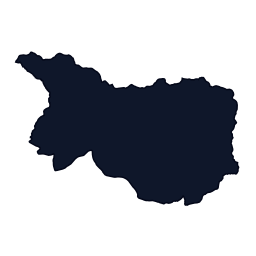 Chiscas, Boyacá, Colombia, rotated 88°
{"feature_id": "7082276B27697411735501", "entity_name": "Chiscas", "entity_type": "district", "adm_level": 2, "iso_a3": "COL", "parent_name": "Colombia", "parent_adm1": "Boyacá", "projection": "orthographic", "projection_center": [-72.39, 6.674], "detail": "fine", "context": "isolated", "style": "filled", "palette": "ink", "viewbox_px": 256, "rotation_deg": 88, "n_neighbors": 0, "source": "geoboundaries", "source_scale": "gbopen_adm2", "svg_char_len": 5718}
<svg xmlns="http://www.w3.org/2000/svg" viewBox="0 0 256 256"><g transform="rotate(88 128 128)"><path d="M93.5,23.7L92.9,25.2L93.1,27.8L92.9,28.6L92.4,29.3L91.3,31.7L90.5,34.6L90.1,35.0L89.5,36.5L89.0,38.4L89.1,39.4L90.1,42.2L90.1,42.6L89.3,43.7L89.2,44.8L87.7,44.9L86.6,45.3L86.0,45.7L85.1,46.5L84.3,48.3L80.3,50.8L80.1,52.8L80.5,53.7L80.4,54.4L81.2,55.3L82.0,55.8L82.0,56.0L81.5,56.8L81.4,58.4L81.9,60.0L82.2,60.4L82.0,61.2L82.0,62.9L81.2,65.2L81.5,66.6L80.9,70.2L80.7,71.1L80.3,71.9L80.7,71.9L81.0,72.3L81.6,72.1L82.4,72.4L85.0,74.8L85.7,78.3L85.6,79.9L86.3,81.5L86.3,82.4L86.6,83.7L87.0,84.7L84.2,88.8L83.2,89.3L82.0,89.2L80.7,89.5L80.1,90.3L80.0,91.8L80.2,93.3L80.2,94.9L80.6,96.1L81.1,96.7L82.2,97.7L83.5,98.4L84.0,99.6L84.4,100.0L86.7,101.7L86.8,102.7L87.4,104.6L87.3,105.3L87.1,107.6L87.5,108.3L88.5,109.6L88.8,110.1L88.7,111.3L88.3,112.5L88.7,114.6L87.4,118.3L86.9,119.0L86.2,120.8L85.0,122.4L84.8,123.0L84.9,123.4L85.7,124.7L87.0,126.2L88.3,129.0L87.6,130.6L88.1,136.5L88.3,137.4L88.2,138.7L87.9,139.9L87.3,140.6L86.3,141.2L84.0,142.3L84.4,143.3L84.6,144.5L84.6,145.4L84.3,145.8L82.9,146.6L80.3,149.1L80.3,150.2L81.3,151.7L81.4,152.2L81.2,152.6L77.6,153.7L75.4,154.0L73.3,154.9L71.1,156.7L69.7,158.9L67.8,161.2L67.3,161.9L67.1,162.9L67.1,165.8L66.6,167.5L66.8,171.0L66.5,171.6L65.9,172.6L63.7,175.2L63.5,176.3L63.6,176.7L62.7,178.8L60.3,179.2L59.5,179.7L57.2,180.2L56.2,180.6L55.9,181.4L54.9,182.0L53.7,183.4L53.0,184.8L53.4,186.2L53.2,188.4L52.8,190.0L51.5,192.3L51.2,193.1L51.1,193.9L51.3,194.8L51.9,196.1L53.3,197.7L54.4,198.4L55.1,200.2L56.5,202.0L56.8,203.4L56.8,205.1L56.6,207.9L56.9,209.0L57.0,210.5L55.7,211.8L55.1,211.9L54.3,212.5L53.2,213.8L52.8,214.5L52.8,216.1L50.3,218.7L49.9,219.9L49.1,221.3L48.9,222.2L49.2,222.7L50.1,223.2L50.6,223.7L51.0,224.2L51.8,226.3L51.9,227.4L51.4,229.9L51.7,232.9L51.9,233.7L52.7,234.5L54.1,235.1L55.7,236.1L57.0,237.4L58.2,237.9L58.9,235.6L59.0,234.6L58.3,233.8L58.8,233.7L59.2,232.9L60.5,232.0L61.4,231.8L61.6,231.6L63.2,230.9L63.3,229.8L63.4,229.7L64.2,229.1L65.0,228.8L65.4,227.9L66.0,227.6L66.4,227.0L67.2,226.8L67.7,226.3L67.9,225.7L68.8,224.0L70.8,221.3L71.7,220.8L72.0,220.3L72.6,220.1L73.6,218.7L73.9,218.6L74.4,218.8L74.8,217.9L75.5,217.1L76.0,213.8L76.6,212.8L76.8,212.8L77.0,213.1L77.8,212.4L77.8,211.7L78.2,211.3L79.2,211.3L80.6,210.9L82.0,210.2L82.5,210.1L82.7,209.8L83.2,209.7L83.3,209.4L85.5,208.5L86.2,207.8L86.8,207.6L86.8,207.1L87.3,207.1L89.0,205.8L89.1,205.2L89.3,205.0L90.2,204.8L91.0,204.9L91.3,204.8L92.0,205.2L92.8,205.2L93.7,204.7L94.3,204.9L95.8,206.1L96.3,206.1L99.1,206.1L99.6,205.8L99.8,205.3L101.1,205.3L102.1,205.0L104.2,205.5L104.6,205.9L105.2,206.8L105.3,207.5L106.0,209.2L107.3,211.0L108.3,211.5L109.0,211.6L109.9,211.3L112.4,211.5L113.7,214.5L115.0,216.1L116.3,217.4L118.1,218.2L120.1,219.9L121.4,220.2L122.3,221.0L122.9,221.1L123.4,221.2L124.5,220.8L125.5,221.0L126.1,221.4L127.8,223.5L128.3,223.5L130.4,224.5L132.0,224.2L132.5,224.5L133.4,225.7L133.7,225.8L134.3,225.8L134.5,224.9L134.9,224.5L135.8,224.6L136.8,225.3L137.8,226.9L138.3,227.1L138.9,226.7L141.3,222.7L142.7,220.4L143.3,218.5L144.4,216.9L144.8,216.7L145.8,216.5L146.8,217.4L147.9,218.9L148.6,219.3L149.9,218.9L150.8,218.2L150.9,217.4L150.8,214.4L151.0,212.7L152.4,208.3L152.2,206.0L151.7,204.3L151.2,203.6L151.6,203.0L152.6,202.7L155.5,203.1L155.9,203.4L157.1,203.8L158.5,203.9L159.4,203.7L162.4,203.7L163.8,203.5L167.0,202.7L167.8,202.4L168.0,202.1L167.8,200.3L166.6,194.7L165.6,192.2L165.1,191.7L163.9,190.1L163.6,189.3L161.8,186.4L156.9,181.8L155.2,179.5L154.6,177.8L153.9,174.0L153.7,173.2L149.7,168.7L149.1,166.9L149.0,166.2L149.1,165.0L149.4,164.6L150.1,164.4L153.3,164.4L156.3,164.0L158.1,163.5L159.9,162.7L161.8,161.4L163.5,160.8L165.0,159.6L167.0,157.8L168.3,156.4L170.3,154.8L171.1,154.6L173.8,152.6L174.7,151.0L176.5,143.7L176.6,142.4L176.4,140.4L176.4,139.0L176.9,135.3L177.6,133.5L179.0,131.1L180.8,129.2L187.2,124.9L188.0,124.1L190.1,122.5L192.8,121.1L194.0,120.7L194.7,120.5L196.6,120.7L197.5,120.4L198.5,119.4L199.8,115.8L200.4,114.6L201.1,112.5L201.2,110.5L201.4,109.5L201.3,105.9L202.2,102.8L203.0,100.8L203.1,100.3L202.9,99.7L203.3,99.4L203.8,98.6L204.1,97.5L204.0,96.9L204.5,96.5L204.4,96.2L204.9,95.2L204.9,94.6L204.1,93.2L203.9,92.5L204.1,92.0L203.9,91.3L204.5,90.6L204.4,88.7L203.8,86.8L203.5,86.2L202.9,85.8L202.7,85.1L202.6,83.8L202.8,83.1L202.3,82.4L202.4,81.7L202.8,81.4L202.6,80.8L201.1,78.2L200.0,76.9L198.0,75.3L198.6,74.7L201.2,73.7L202.1,73.5L203.5,73.7L204.3,73.6L205.8,73.9L206.7,73.6L207.0,73.3L206.6,71.6L207.1,71.5L206.2,69.4L205.7,66.8L205.2,64.1L205.1,61.5L204.4,59.1L202.0,57.1L201.2,56.7L199.2,56.2L198.2,55.6L197.4,54.9L197.0,53.8L196.9,53.1L196.4,52.6L195.3,50.9L194.9,48.0L194.1,46.1L192.2,42.8L192.1,41.4L191.8,40.8L191.0,40.1L187.2,39.4L185.0,38.8L183.9,37.4L183.7,36.6L182.4,35.7L181.8,35.1L179.8,34.9L178.8,34.7L178.7,34.0L177.9,33.1L177.2,31.3L177.6,30.3L177.2,29.7L177.1,28.2L177.4,27.2L177.0,26.6L177.0,26.1L177.3,25.1L177.2,23.0L177.7,21.8L177.4,21.2L176.8,20.7L174.9,19.6L172.6,19.5L171.6,18.9L170.9,18.9L169.4,19.7L167.8,19.9L166.4,19.7L165.7,21.6L165.2,22.5L163.5,23.0L163.0,24.1L162.3,24.2L161.7,24.0L161.1,24.1L160.2,23.9L159.3,24.4L158.5,25.2L156.7,25.6L155.7,25.2L155.2,25.2L154.9,24.7L154.3,24.3L152.8,24.1L148.7,25.0L146.9,25.7L145.2,25.0L144.0,25.1L143.2,24.8L141.4,23.5L140.3,24.0L137.7,24.1L136.2,25.1L134.8,24.8L133.4,23.4L132.4,22.6L130.5,21.9L128.6,21.5L127.8,20.8L127.1,19.9L126.4,19.5L125.1,20.1L123.9,20.9L123.3,21.5L122.4,21.7L119.2,20.9L117.6,19.7L117.0,19.6L116.3,19.7L115.6,19.7L113.1,18.4L108.9,18.1L106.5,18.4L105.5,18.9L104.7,19.5L103.6,20.8L103.4,21.6L102.2,22.6L100.9,22.7L98.6,21.3L97.3,21.4L96.3,21.6L94.2,22.8L93.5,23.7Z" fill="#0f172a" stroke="#020617" stroke-width="1.5"/></g></svg>